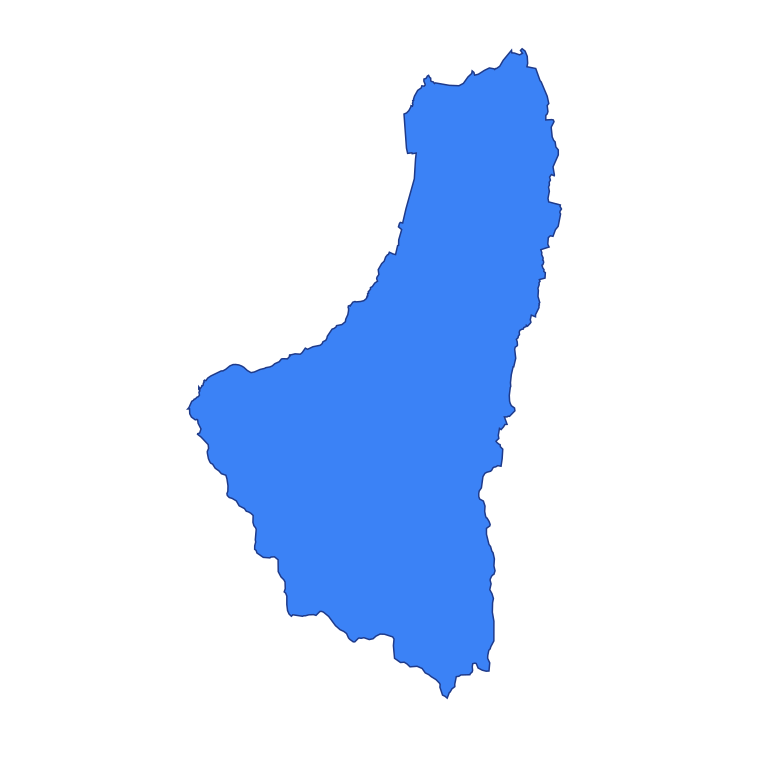 the district of Negresti-Oas, Satu Mare, Romania, rotated 84°
{"feature_id": "2599482B36847212141623", "entity_name": "Negresti-Oas", "entity_type": "district", "adm_level": 2, "iso_a3": "ROU", "parent_name": "Romania", "parent_adm1": "Satu Mare", "projection": "equal_earth", "projection_center": [23.479, 47.842], "detail": "fine", "context": "isolated", "style": "filled", "palette": "blue", "viewbox_px": 768, "rotation_deg": 84, "n_neighbors": 0, "source": "geoboundaries", "source_scale": "gbopen_adm2", "svg_char_len": 6122}
<svg xmlns="http://www.w3.org/2000/svg" viewBox="0 0 768 768"><g transform="rotate(84 384 384)"><path d="M269.8,213.3L266.8,214.0L265.0,205.5L262.1,206.5L255.6,205.3L254.0,203.1L254.8,200.5L248.5,197.4L245.4,194.3L233.3,190.6L231.9,191.2L230.6,190.9L228.5,189.2L225.7,190.4L224.4,189.9L220.1,201.2L216.5,201.5L209.6,199.4L205.3,199.8L203.4,198.7L200.5,198.6L198.7,197.2L195.5,197.7L193.2,195.6L194.7,193.0L194.1,192.7L185.7,193.2L174.4,186.7L169.4,186.2L166.2,188.3L161.1,188.5L159.4,189.8L155.9,190.9L146.6,190.9L145.6,190.6L140.9,187.5L139.1,188.0L138.6,189.5L138.3,195.5L133.8,195.0L132.5,193.5L130.2,192.5L124.1,192.6L122.3,190.8L114.9,191.6L100.0,196.1L98.6,197.1L86.1,200.1L83.4,208.7L80.1,207.6L73.1,207.3L67.6,208.9L65.0,211.6L66.5,213.4L69.6,211.7L70.8,214.8L68.5,219.7L68.0,222.3L65.4,222.3L74.5,231.6L80.1,235.7L82.0,239.2L81.9,240.2L82.8,241.0L82.0,241.7L80.7,246.2L82.6,251.4L85.8,257.8L86.3,261.6L83.5,262.0L81.8,263.6L84.3,264.3L87.4,268.4L93.3,273.6L95.2,278.3L93.8,287.8L89.9,301.5L90.4,302.4L88.8,303.3L88.0,305.2L87.4,305.8L84.7,305.6L83.9,306.5L81.7,307.4L82.2,308.6L84.5,310.3L84.9,312.4L87.0,312.7L90.1,311.8L91.1,311.9L92.0,313.0L91.4,315.2L93.4,316.0L95.5,319.8L100.9,323.6L103.6,324.8L104.8,324.8L105.1,325.8L106.3,325.6L107.8,326.4L108.7,326.0L110.7,326.7L110.0,328.0L111.3,328.4L114.7,330.7L116.8,333.2L117.6,335.9L151.7,337.0L157.1,336.4L157.0,332.1L157.9,331.9L157.7,327.8L163.4,329.1L183.1,332.4L211.9,343.8L225.8,348.6L225.0,350.9L225.9,351.8L229.2,353.2L232.3,350.3L242.2,354.3L247.6,355.0L247.8,356.0L256.5,359.0L255.6,361.4L253.5,364.9L255.7,366.1L255.8,367.0L257.9,369.1L261.9,371.0L264.0,373.7L269.7,377.8L274.6,377.7L277.0,379.8L278.5,380.3L281.1,379.7L282.7,382.7L285.9,385.4L286.7,387.4L288.3,387.5L290.8,390.1L292.0,389.8L292.5,390.9L294.6,390.9L294.9,391.7L295.6,391.5L295.9,392.1L297.1,392.5L299.0,395.3L299.5,398.6L299.4,403.3L298.9,404.2L299.4,406.5L302.0,408.7L302.0,409.1L302.9,409.5L302.4,410.3L302.7,411.3L304.4,411.7L305.2,411.3L307.7,411.7L311.2,412.7L315.6,415.3L318.0,415.9L320.5,419.7L321.0,425.1L322.3,425.8L323.5,427.8L324.0,429.9L330.6,435.4L332.7,436.1L334.5,437.4L335.6,440.3L337.4,441.3L338.8,443.3L339.5,450.8L341.5,456.4L340.1,458.5L344.2,462.1L345.6,464.1L344.7,469.3L345.3,473.8L345.1,474.5L345.5,475.0L346.2,474.5L348.9,477.4L348.3,481.8L348.4,483.4L350.9,485.9L352.4,490.5L354.3,493.2L355.1,495.7L355.4,499.8L356.0,501.2L356.6,505.8L358.5,511.7L358.8,515.1L356.2,518.6L352.8,521.6L351.3,523.6L349.9,526.3L349.1,529.4L348.9,532.1L349.9,535.4L352.8,539.8L354.1,542.8L354.0,544.6L357.9,555.4L359.7,558.7L362.0,560.7L361.9,561.4L361.4,561.9L362.0,562.8L363.6,562.9L364.3,563.6L366.1,564.0L366.7,564.6L366.6,565.3L367.5,565.6L369.5,567.3L367.5,568.5L369.9,568.8L371.6,567.8L372.8,568.9L375.8,568.7L377.2,570.0L377.5,571.3L379.1,573.2L379.2,574.3L380.3,575.2L381.1,577.0L387.0,580.4L388.3,581.8L388.4,580.0L393.3,580.3L396.7,579.0L399.8,575.6L400.0,574.8L399.6,573.8L400.2,573.1L403.6,573.0L409.6,570.7L413.5,572.5L413.9,574.4L414.5,574.7L417.6,571.5L425.9,565.2L429.7,565.2L432.6,566.8L434.2,566.9L440.0,566.4L443.4,565.3L444.7,564.5L445.8,562.8L450.1,560.7L453.1,557.3L456.2,555.1L458.2,550.8L462.0,550.1L469.0,549.8L474.3,550.5L476.7,551.7L478.5,551.5L480.7,549.8L481.9,547.0L484.8,543.1L490.0,540.8L493.3,535.8L496.1,534.3L497.0,532.2L498.5,530.1L501.0,527.9L507.9,528.8L511.3,528.2L513.7,526.7L515.3,526.3L525.6,528.3L527.7,528.1L531.4,529.5L534.9,529.9L536.1,528.6L538.8,528.0L543.8,522.2L545.0,515.7L544.3,514.4L544.4,511.0L547.7,507.7L559.6,508.8L565.1,506.6L568.2,504.1L570.6,503.1L577.3,503.6L580.3,505.0L581.6,503.7L584.8,502.8L593.2,503.7L599.3,503.6L602.8,502.5L605.3,500.4L604.0,498.8L606.5,489.2L606.1,488.1L606.3,486.4L605.7,482.9L606.0,478.1L607.0,475.8L603.5,471.5L603.7,469.6L604.6,468.0L609.4,463.3L619.3,457.5L623.8,453.3L625.9,449.8L628.3,447.3L632.9,445.8L634.4,444.7L637.2,441.6L637.4,440.0L634.3,436.2L634.0,435.3L634.5,433.3L634.2,430.5L636.6,425.4L636.2,421.5L633.9,418.3L632.3,414.1L632.9,409.7L636.4,401.8L638.7,400.7L645.2,402.0L657.9,402.2L662.7,396.7L662.8,393.0L664.8,390.4L668.0,387.7L668.2,380.6L670.9,375.8L675.6,373.2L677.7,369.9L680.1,367.5L683.5,363.1L687.5,360.0L688.8,359.6L691.4,360.1L699.5,358.3L701.0,355.9L703.0,354.0L697.7,351.3L697.3,350.5L694.3,348.3L692.4,345.2L689.9,345.0L682.6,342.7L682.5,340.1L681.4,337.9L682.1,329.0L681.1,328.4L679.6,326.4L678.0,325.8L674.6,325.8L671.4,325.0L671.1,322.8L671.6,321.5L676.3,320.1L678.9,316.2L680.3,312.4L680.4,309.6L672.4,308.0L667.7,309.6L664.9,309.2L659.8,307.6L658.5,306.1L656.5,305.3L651.0,301.6L631.4,299.5L622.3,300.1L613.0,298.9L608.8,297.6L603.9,298.5L599.6,300.3L594.0,298.4L590.0,299.0L588.9,298.6L586.4,297.1L585.2,295.7L584.8,294.6L581.4,293.1L576.4,293.7L569.5,292.5L563.2,293.2L561.5,294.2L556.8,295.0L554.5,296.4L544.2,297.8L538.3,297.2L536.2,293.6L534.8,293.1L531.6,293.9L528.0,295.6L527.7,296.3L525.9,296.8L521.2,297.2L516.0,296.3L510.8,297.4L508.4,300.9L505.9,301.5L502.7,301.2L500.4,300.5L497.5,298.0L486.5,295.3L483.4,293.0L482.5,290.9L481.9,287.1L481.0,285.9L478.9,284.5L478.2,283.3L478.1,281.6L477.1,279.4L478.0,276.2L470.7,274.3L461.2,272.7L458.6,274.8L456.4,274.9L455.9,275.9L454.0,277.8L452.6,278.6L450.2,275.5L447.0,275.7L440.2,273.8L441.6,272.3L439.0,269.5L436.9,268.0L437.0,265.8L429.3,267.7L429.6,265.0L429.0,263.9L429.3,262.6L424.3,256.6L421.5,256.7L418.9,259.6L416.5,260.5L414.2,260.9L408.4,260.6L400.7,258.8L399.7,258.2L395.9,258.1L388.0,256.4L380.4,253.8L380.5,253.2L372.2,250.3L363.0,250.4L361.0,249.6L360.1,247.8L359.3,247.2L356.0,247.1L353.4,247.7L352.0,245.8L350.5,245.5L349.1,244.1L346.5,244.1L344.9,243.3L344.0,241.3L343.9,239.7L342.5,239.1L341.7,236.6L340.5,236.3L341.5,235.2L339.0,232.3L337.9,231.4L335.4,231.8L330.9,230.3L333.0,226.3L330.8,226.0L324.3,221.9L322.1,221.7L321.6,221.2L320.5,221.5L319.3,220.6L313.0,221.7L307.2,220.7L304.9,220.9L301.5,219.3L299.4,219.2L298.2,218.1L296.4,218.6L295.5,212.8L290.1,211.9L288.8,213.3L287.0,212.9L285.3,213.9L282.6,214.5L282.2,214.4L281.9,213.5L279.8,212.5L278.1,212.6L277.3,213.3L276.6,212.8L275.1,212.6L271.8,213.7L269.8,213.3Z" fill="#3b82f6" stroke="#1e3a8a" stroke-width="1.5"/></g></svg>